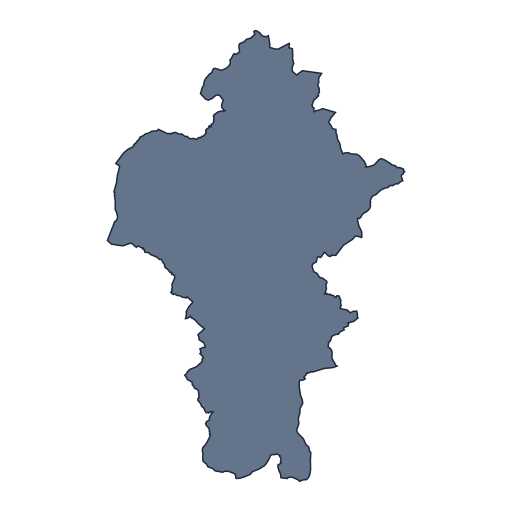 Enniscorthy Lea-6, Wexford, Ireland
{"feature_id": "5873133B47425584420404", "entity_name": "Enniscorthy Lea-6", "entity_type": "district", "adm_level": 2, "iso_a3": "IRL", "parent_name": "Ireland", "parent_adm1": "Wexford", "projection": "albers", "projection_center": [-6.612, 52.551], "detail": "fine", "context": "isolated", "style": "filled", "palette": "slate", "viewbox_px": 512, "rotation_deg": 0, "n_neighbors": 0, "source": "geoboundaries", "source_scale": "gbopen_adm2", "svg_char_len": 6062}
<svg xmlns="http://www.w3.org/2000/svg" viewBox="0 0 512 512"><path d="M250.7,38.1L246.4,39.3L244.2,41.7L239.8,43.6L238.9,45.2L239.2,49.4L239.6,51.0L239.4,51.9L236.1,54.4L234.2,53.6L233.3,54.5L231.3,58.6L230.0,59.7L230.3,63.5L228.5,66.4L226.3,68.2L222.4,70.0L220.7,70.1L215.5,68.4L213.8,68.5L212.6,70.1L211.9,72.6L209.7,73.8L205.5,78.8L204.5,80.7L203.7,85.0L202.0,88.2L200.5,93.7L205.5,99.0L208.2,100.2L212.3,98.4L215.9,95.3L217.8,95.0L219.8,95.6L223.3,100.1L221.6,104.9L221.7,107.2L223.2,109.3L225.0,110.5L224.5,111.0L222.5,110.9L218.2,111.8L214.1,114.7L213.4,116.3L214.1,118.0L213.6,120.3L213.9,121.4L213.0,123.0L212.9,123.9L211.2,124.3L211.2,126.7L210.5,126.9L209.9,125.9L209.1,125.9L208.7,127.7L206.0,129.6L205.7,131.4L206.3,132.7L203.3,136.2L201.5,136.4L200.8,137.8L198.6,137.5L196.6,139.4L193.0,138.4L190.6,138.8L188.6,138.0L187.3,136.4L185.0,136.4L181.6,133.9L179.0,134.2L175.6,132.4L172.1,133.0L171.2,134.1L169.2,133.3L167.9,133.8L158.3,129.3L157.1,130.9L152.1,131.1L148.3,133.3L145.7,133.7L143.3,135.7L140.2,137.0L139.4,138.0L139.4,139.2L137.3,140.8L136.2,142.7L134.7,143.8L133.6,145.1L133.8,145.7L132.3,147.2L128.3,149.0L123.8,152.8L115.8,163.4L119.7,166.2L117.4,175.3L116.5,182.5L113.9,192.0L114.7,192.5L114.5,195.5L115.3,201.5L115.2,209.5L116.7,212.7L117.6,216.6L116.9,219.4L115.9,221.1L114.7,221.6L107.4,240.5L111.4,244.1L119.1,245.4L123.2,245.8L130.0,243.3L131.7,243.4L136.4,247.4L138.1,245.8L141.3,247.7L142.9,247.9L142.7,249.0L144.1,249.3L144.8,252.2L148.5,252.6L150.8,254.7L156.7,257.0L159.4,259.4L161.4,259.5L163.1,262.8L164.6,264.6L164.6,266.2L165.4,267.9L167.1,268.7L170.2,272.6L171.6,272.4L172.0,273.2L171.7,274.4L173.2,274.6L174.7,276.3L174.6,278.2L172.0,284.2L172.2,287.5L171.7,290.2L172.3,290.8L170.7,292.4L173.2,294.5L173.9,293.8L174.7,294.0L176.9,295.4L179.9,295.8L182.5,297.2L186.4,297.9L186.9,296.7L192.9,302.0L188.7,306.9L186.1,311.9L186.4,312.5L186.2,316.0L185.5,318.6L187.5,318.3L190.4,316.2L191.3,317.9L191.7,317.7L195.4,320.3L198.8,324.2L204.4,328.8L197.9,334.7L199.2,337.8L198.9,338.4L199.2,339.8L203.7,342.7L204.7,344.9L205.2,347.2L203.0,347.5L199.9,348.9L201.1,352.6L199.9,353.5L203.5,357.5L202.2,358.8L202.2,361.1L201.9,361.8L196.4,366.8L189.6,369.5L187.5,371.8L186.4,373.8L184.7,375.2L186.7,377.9L187.3,379.4L192.1,382.2L192.3,384.9L194.3,387.1L194.4,388.2L197.2,389.4L198.4,390.7L199.1,397.5L197.9,398.6L197.9,400.4L200.7,403.7L201.6,406.4L203.6,407.9L205.8,412.4L206.6,412.8L208.1,412.4L208.6,413.0L210.5,411.5L213.0,412.0L211.3,413.3L211.3,414.4L209.9,416.2L209.4,418.0L209.5,419.8L206.5,421.7L205.6,423.5L206.2,425.3L209.1,428.5L209.5,430.7L209.2,431.2L209.8,431.9L209.5,433.0L210.0,434.7L209.6,434.9L210.3,435.7L207.5,441.3L205.0,445.3L202.8,447.6L202.3,450.6L202.9,453.6L202.8,460.3L203.4,461.6L206.5,464.1L207.9,466.8L213.1,468.7L214.9,470.8L222.7,472.3L224.7,471.2L228.7,471.4L233.9,473.4L235.7,475.3L235.8,477.8L236.4,478.5L239.9,478.2L244.1,477.0L250.3,474.3L252.3,471.8L259.3,468.9L264.6,465.6L267.6,461.7L267.5,460.9L268.7,459.7L270.6,455.4L272.4,454.5L274.5,454.7L276.7,453.9L279.9,455.6L279.6,456.3L280.7,457.9L281.1,459.5L280.4,461.8L281.1,462.7L280.9,463.3L278.0,464.9L277.9,466.6L278.8,470.3L280.5,474.0L281.0,477.8L287.1,478.5L287.1,478.0L289.0,477.3L292.0,477.1L298.1,479.8L299.4,481.3L303.8,479.7L306.3,479.7L308.2,477.9L309.6,475.4L310.6,469.7L310.4,460.1L310.8,452.7L309.4,450.5L308.8,447.2L305.8,444.2L303.4,438.8L298.1,433.5L296.5,430.6L298.9,423.6L298.3,418.6L299.9,412.8L300.0,408.5L302.6,403.7L302.7,402.7L302.3,400.0L300.5,395.0L299.2,386.8L299.2,382.2L299.9,380.3L303.5,380.0L305.3,378.7L303.9,377.1L306.2,374.6L306.8,372.9L307.4,373.3L308.8,372.9L311.0,371.7L312.3,372.1L324.5,368.4L332.9,367.6L337.0,366.1L336.0,365.5L331.9,358.3L332.1,351.8L330.6,348.6L328.3,346.9L328.1,346.0L328.7,343.5L328.4,342.6L330.1,341.2L331.0,339.4L331.5,337.0L332.6,335.9L335.9,334.4L338.5,334.2L339.9,332.0L344.2,329.8L343.6,328.9L343.9,327.6L348.1,326.0L348.6,323.8L347.7,323.0L353.7,321.4L358.0,318.0L357.3,316.5L357.4,314.6L356.8,311.1L353.2,311.3L350.3,312.8L346.9,309.8L342.7,309.2L340.0,308.1L341.2,305.4L340.5,302.5L340.9,300.2L340.2,299.5L339.9,297.7L338.9,295.9L336.9,295.8L335.7,297.5L333.3,295.5L330.4,295.0L330.5,294.4L327.0,294.2L326.9,293.5L325.8,293.3L324.9,293.8L326.5,288.5L325.8,285.1L326.9,282.8L326.8,281.4L322.9,278.3L319.5,277.3L317.1,273.4L314.2,271.9L312.8,269.3L312.0,265.8L313.2,263.6L316.4,261.9L317.0,258.2L317.7,257.1L318.8,256.7L320.0,257.5L321.3,256.9L324.2,252.4L324.5,252.2L328.4,255.9L329.9,256.5L330.8,256.3L331.4,255.3L335.9,255.3L343.5,245.2L352.7,239.2L355.3,236.2L357.1,236.1L361.5,237.5L361.9,236.8L361.7,231.8L358.7,225.4L358.0,222.0L357.6,221.4L357.7,218.4L359.4,218.5L360.8,217.3L361.8,215.2L364.6,212.5L366.0,212.1L368.9,209.6L370.0,207.8L370.6,205.7L370.1,203.7L370.7,202.3L370.2,201.5L370.4,200.1L371.1,198.3L373.1,195.7L376.0,194.6L380.6,190.2L384.9,188.1L387.7,187.5L389.0,186.6L388.9,186.1L391.1,185.3L392.2,185.8L395.6,183.9L398.1,183.8L400.5,181.7L402.8,180.7L401.2,176.0L402.0,174.5L403.0,174.1L403.7,172.5L404.6,171.8L403.7,170.8L403.6,169.3L403.1,168.8L399.1,167.4L397.8,168.0L395.2,165.7L391.5,164.8L390.6,163.6L384.4,159.8L381.1,158.6L379.1,159.6L374.1,165.0L369.5,166.5L365.7,167.0L366.0,166.3L365.8,164.6L364.2,161.2L359.3,155.7L356.6,154.2L350.9,153.9L348.5,152.7L344.9,152.9L342.9,153.8L340.2,147.3L340.5,146.1L339.2,142.0L338.4,141.2L337.3,138.5L337.2,136.1L336.0,132.8L336.0,129.4L333.2,128.9L332.1,128.0L331.3,126.0L328.5,121.9L329.9,120.3L330.8,117.9L335.5,112.4L322.5,108.6L319.1,110.2L316.1,110.6L314.3,111.8L313.8,110.3L314.0,108.0L312.6,107.3L312.4,105.9L311.9,105.5L313.6,100.5L318.6,95.8L318.0,94.9L319.4,91.9L319.1,88.3L318.0,85.9L317.9,83.9L318.9,82.3L318.5,79.7L319.0,77.5L321.6,73.4L302.4,70.7L296.5,75.0L292.8,71.7L292.1,70.2L292.3,66.8L293.8,63.4L293.2,62.5L293.1,60.2L292.4,58.9L292.8,56.5L292.4,48.7L288.9,47.7L289.5,43.8L289.1,43.4L278.4,49.0L275.7,49.1L269.8,47.5L269.8,44.2L268.4,35.7L265.8,36.8L262.3,35.8L259.5,32.6L256.6,30.8L255.0,30.7L253.9,31.4L254.7,34.4L250.7,38.1Z" fill="#64748b" stroke="#1e293b" stroke-width="1.5"/></svg>